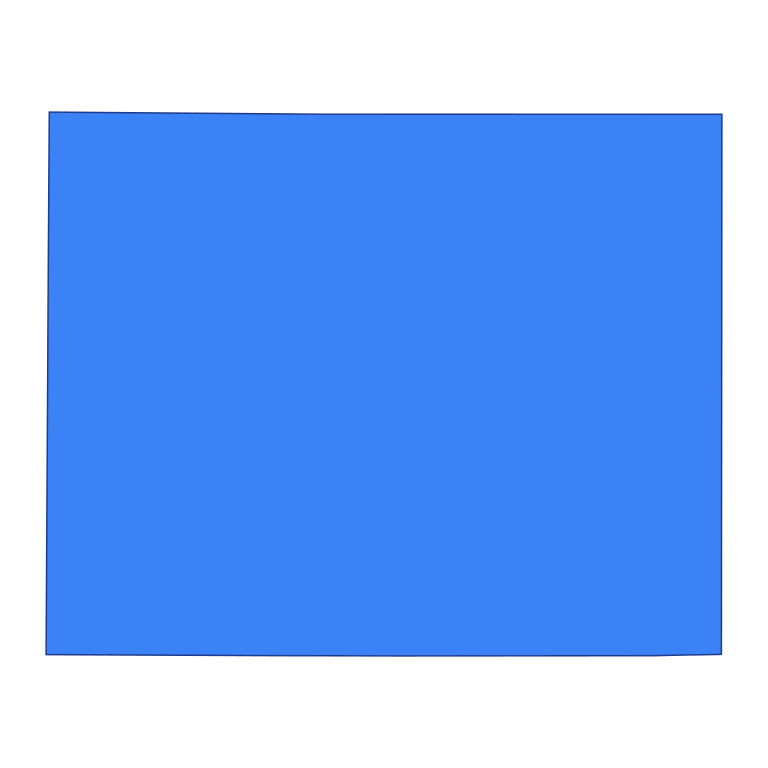 the district of Nobles, Minnesota, United States of America
{"feature_id": "52423323B36406005077231", "entity_name": "Nobles", "entity_type": "district", "adm_level": 2, "iso_a3": "USA", "parent_name": "United States of America", "parent_adm1": "Minnesota", "projection": "albers", "projection_center": [-95.706, 43.674], "detail": "fine", "context": "isolated", "style": "filled", "palette": "blue", "viewbox_px": 768, "rotation_deg": 0, "n_neighbors": 0, "source": "geoboundaries", "source_scale": "gbopen_adm2", "svg_char_len": 356}
<svg xmlns="http://www.w3.org/2000/svg" viewBox="0 0 768 768"><path d="M46.1,654.6L262.7,655.6L262.9,655.6L292.8,655.7L307.6,655.7L397.5,655.9L398.4,655.9L653.3,655.7L684.9,655.0L685.0,655.0L698.1,654.8L721.1,654.4L721.4,654.3L721.9,114.2L710.8,114.3L319.0,114.2L49.3,112.1L48.4,249.0L46.1,654.6Z" fill="#3b82f6" stroke="#1e3a8a" stroke-width="1.5"/></svg>